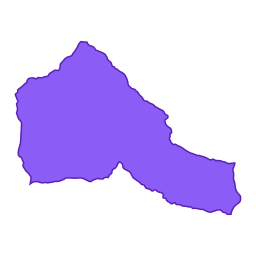 Naja, Paro, Bhutan (Mercator projection)
{"feature_id": "84629894B48616572457090", "entity_name": "Naja", "entity_type": "district", "adm_level": 2, "iso_a3": "BTN", "parent_name": "Bhutan", "parent_adm1": "Paro", "projection": "mercator", "projection_center": [89.419, 27.254], "detail": "fine", "context": "isolated", "style": "filled", "palette": "violet", "viewbox_px": 256, "rotation_deg": 0, "n_neighbors": 0, "source": "geoboundaries", "source_scale": "gbopen_adm2", "svg_char_len": 5814}
<svg xmlns="http://www.w3.org/2000/svg" viewBox="0 0 256 256"><path d="M234.8,163.0L234.1,162.9L233.7,163.1L233.2,163.1L232.8,163.3L229.7,163.4L229.1,163.6L228.6,163.7L226.7,162.9L225.4,162.2L224.9,162.1L224.3,161.9L222.7,161.7L222.0,161.2L221.0,160.9L220.0,160.8L219.5,160.7L218.8,160.6L217.5,160.5L217.0,160.5L215.9,160.7L214.3,159.6L213.4,159.3L212.6,159.2L212.0,159.5L210.8,159.9L210.0,159.8L208.2,158.9L206.3,157.8L204.6,157.2L203.6,156.7L202.7,156.4L201.6,156.4L201.1,156.1L198.9,155.4L196.5,155.5L195.8,154.7L194.8,154.5L193.6,154.1L193.0,153.7L191.0,153.2L189.5,152.5L187.8,151.6L184.2,149.3L183.2,148.5L182.0,147.8L181.5,147.4L180.3,146.8L179.7,146.3L179.1,146.3L178.2,146.0L177.0,145.2L175.7,144.4L175.0,144.2L174.5,144.3L174.0,144.5L173.4,144.5L172.8,144.2L171.7,143.4L171.6,142.8L171.1,142.3L170.5,141.4L170.3,140.8L170.3,140.4L169.9,139.9L169.4,138.9L169.6,137.8L170.1,136.6L170.0,134.8L170.3,133.6L171.4,133.0L171.6,132.3L171.6,131.3L170.7,128.5L169.2,127.4L168.2,126.8L167.2,126.0L165.8,124.5L165.1,122.0L164.9,120.2L165.2,119.6L166.2,119.0L167.5,118.1L168.0,117.2L167.8,115.7L164.6,113.7L164.3,112.4L164.0,111.9L162.9,110.7L161.9,110.1L160.8,109.7L155.8,106.9L154.7,106.3L154.3,105.6L153.2,104.6L152.3,104.1L150.6,103.5L148.7,102.4L146.8,101.1L145.7,101.1L144.5,100.9L143.8,100.2L143.5,99.8L142.8,98.4L141.7,96.9L141.1,96.4L139.6,95.2L139.3,94.4L138.6,93.7L138.2,93.0L138.0,92.5L137.7,92.1L137.1,91.6L136.3,91.2L135.3,90.0L134.7,89.4L134.1,89.1L132.0,88.7L131.4,88.2L130.8,87.6L130.0,86.8L129.2,86.2L128.6,85.5L128.1,84.4L127.7,81.6L126.7,78.5L126.4,77.9L126.0,76.9L125.3,75.7L124.9,75.0L123.6,73.6L121.8,72.4L120.2,71.7L119.7,71.4L117.8,69.8L117.2,69.3L114.8,68.3L114.5,67.7L114.6,67.2L112.3,66.2L111.6,64.3L111.2,62.8L107.6,59.5L107.1,57.5L105.2,54.4L103.2,53.1L99.7,51.6L95.7,50.0L94.5,48.0L92.8,46.5L90.3,45.8L88.1,44.6L87.9,43.9L86.8,42.0L85.9,42.1L83.9,42.0L81.0,41.6L79.5,43.0L77.8,45.9L77.4,47.1L77.1,47.7L76.3,48.8L75.6,50.0L74.7,51.4L74.1,52.2L73.1,53.3L72.7,53.8L72.0,55.3L71.0,56.0L67.2,57.2L66.1,57.9L64.8,58.9L63.1,61.0L61.2,63.0L60.6,63.7L60.4,64.1L60.2,65.0L60.2,66.4L60.0,67.3L59.6,68.7L59.2,69.7L58.7,70.3L58.0,70.5L55.6,70.2L55.0,70.2L54.5,70.4L51.9,72.0L50.6,72.8L49.5,73.6L49.0,74.3L48.4,75.5L48.0,76.0L46.9,76.4L45.2,76.6L42.9,77.4L42.4,77.6L41.4,77.8L40.4,77.8L38.3,77.5L37.4,77.9L36.3,78.8L35.7,78.9L34.3,78.2L33.8,78.0L33.4,77.9L31.1,78.0L30.1,78.1L28.7,78.6L28.3,78.9L27.7,79.5L27.4,80.0L27.2,80.5L26.9,82.0L26.1,82.9L24.9,83.8L22.8,85.8L21.1,87.3L18.5,89.1L17.9,89.8L17.7,90.1L17.7,92.1L17.5,92.5L15.8,93.8L15.4,94.3L15.4,94.7L15.6,95.5L16.9,98.7L17.0,99.2L18.0,101.0L18.1,101.5L17.8,102.1L16.8,103.3L16.6,103.8L16.6,104.5L17.3,107.4L17.4,108.5L17.4,110.1L17.3,110.6L17.1,111.2L16.6,112.4L16.6,112.9L16.7,113.4L16.8,114.0L17.2,114.8L17.6,116.0L17.7,116.6L18.4,118.3L19.0,119.4L20.7,121.2L21.0,121.6L21.4,122.5L21.6,124.6L21.4,126.2L21.3,127.1L21.4,128.0L21.4,129.0L21.3,130.1L21.1,130.7L21.1,131.1L21.4,132.2L21.0,133.0L20.9,135.9L20.8,139.2L20.4,143.4L20.0,144.5L19.7,146.0L18.5,150.3L18.3,151.8L18.2,152.9L18.3,154.3L18.5,155.2L18.9,155.8L19.2,156.3L19.7,156.8L21.2,157.4L21.6,157.9L22.5,160.5L22.8,160.8L23.3,161.9L23.5,162.7L23.5,163.5L23.0,165.3L23.0,165.9L23.3,166.7L23.7,167.4L24.9,169.2L25.6,170.5L26.1,171.1L28.3,173.2L29.7,175.0L30.3,175.9L30.8,176.8L31.1,178.1L30.9,180.0L30.4,182.4L30.1,184.0L31.8,182.8L33.3,182.0L34.4,181.7L35.6,181.6L37.5,181.7L38.1,181.7L38.9,181.9L40.1,182.5L40.7,182.6L42.3,182.8L44.0,182.7L45.8,182.4L46.9,182.8L47.6,182.9L49.7,182.5L51.0,182.4L52.5,182.1L55.1,181.4L57.1,181.5L58.4,181.3L60.8,180.7L64.1,179.2L64.6,178.9L65.7,178.0L69.6,177.9L71.2,178.0L75.6,178.2L79.6,177.9L81.2,178.0L83.2,178.5L87.2,180.4L89.0,181.4L89.7,181.5L90.4,181.5L91.2,181.4L92.9,180.3L93.4,180.0L94.7,179.4L96.2,179.0L97.2,178.5L98.4,178.5L99.2,178.9L101.2,178.9L103.1,178.9L104.0,177.9L105.1,177.5L106.8,177.3L108.0,177.6L108.7,176.7L109.2,175.5L109.8,174.6L111.1,173.8L111.7,173.2L111.9,171.6L112.6,169.8L113.2,169.2L114.8,168.4L115.5,167.9L116.3,166.8L117.0,165.6L117.5,164.4L117.7,163.7L118.2,163.2L119.4,161.9L120.6,162.4L121.6,163.2L122.4,164.0L123.1,167.7L124.8,169.3L126.6,170.1L129.6,171.8L130.7,173.2L132.8,177.1L133.4,178.0L135.0,179.0L136.2,180.0L138.3,181.4L140.4,183.1L141.3,184.3L142.0,184.5L143.6,184.8L144.0,185.1L146.2,188.3L149.2,189.1L150.2,189.5L151.2,190.4L152.1,191.0L152.6,191.0L153.2,190.8L154.4,189.9L155.0,189.8L155.7,190.0L156.3,190.4L156.9,191.1L157.8,191.6L158.4,191.9L159.4,192.3L161.1,192.6L162.5,193.4L163.1,194.1L163.4,194.8L163.3,195.4L163.1,196.4L162.9,197.2L163.1,197.6L163.5,198.0L164.9,198.1L166.1,198.8L166.2,199.2L166.4,200.1L167.5,201.4L168.3,201.7L169.5,202.4L170.4,203.3L171.1,203.6L171.5,203.8L172.1,203.8L174.0,202.9L174.9,202.6L175.2,202.9L175.5,203.6L176.0,204.2L176.5,204.5L176.9,204.6L178.4,204.6L180.2,204.7L180.6,204.9L181.4,205.4L182.4,205.9L186.2,206.4L186.8,206.4L188.8,207.0L190.5,206.9L191.2,207.0L192.3,208.1L192.8,208.4L193.6,208.4L194.0,208.3L194.7,208.3L196.1,208.4L196.7,208.6L197.6,208.6L199.4,209.0L200.0,209.3L200.5,209.4L202.8,209.3L204.5,210.2L205.2,210.6L205.7,210.7L207.1,211.4L208.2,211.9L209.6,212.1L210.6,212.1L212.0,211.9L212.8,211.6L213.4,211.2L215.3,210.8L217.0,210.1L220.2,209.8L222.2,211.4L222.8,212.1L223.2,212.3L223.7,212.4L225.0,212.6L225.8,212.9L227.0,214.1L227.6,214.3L228.3,214.4L229.1,214.3L231.0,214.3L231.4,212.2L231.7,210.9L232.4,210.0L232.8,209.1L233.9,206.9L235.0,205.8L236.0,204.9L238.1,203.4L239.0,202.6L240.0,201.5L240.4,200.3L240.6,198.8L240.6,197.7L240.4,196.3L239.7,195.2L238.1,193.5L237.2,192.2L236.6,191.4L235.9,189.8L235.4,188.1L235.2,186.2L234.9,183.8L234.4,181.9L233.5,179.1L233.6,176.6L233.7,175.0L233.6,173.5L233.2,171.5L233.0,170.8L232.9,169.8L233.0,168.9L233.7,167.0L234.6,164.8L234.8,163.0Z" fill="#8b5cf6" stroke="#5b21b6" stroke-width="1.5"/></svg>